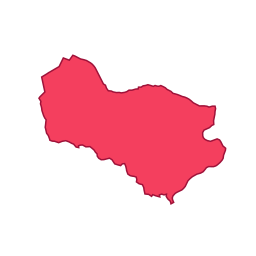 the district of Douradina, Paraná, Brazil, rotated 113°
{"feature_id": "56859067B11671059089734", "entity_name": "Douradina", "entity_type": "district", "adm_level": 2, "iso_a3": "BRA", "parent_name": "Brazil", "parent_adm1": "Paraná", "projection": "mercator", "projection_center": [-53.283, -23.351], "detail": "fine", "context": "isolated", "style": "filled", "palette": "rose", "viewbox_px": 256, "rotation_deg": 113, "n_neighbors": 0, "source": "geoboundaries", "source_scale": "gbopen_adm2", "svg_char_len": 2271}
<svg xmlns="http://www.w3.org/2000/svg" viewBox="0 0 256 256"><g transform="rotate(113 128 128)"><path d="M178.6,56.9L176.8,58.8L175.1,59.9L172.9,60.1L169.7,59.0L167.9,57.7L163.9,54.2L162.0,53.3L159.4,52.5L153.1,52.2L150.3,51.1L147.6,49.7L143.6,46.6L141.1,43.5L138.8,41.7L135.8,40.8L133.8,40.3L132.0,38.7L130.2,34.2L128.6,32.4L127.1,31.4L123.8,29.8L120.7,28.8L118.7,28.6L115.7,29.4L110.5,29.6L108.5,30.2L107.4,33.7L104.4,37.2L103.2,39.1L103.2,41.7L108.0,46.8L108.6,50.0L108.4,52.9L107.5,54.8L106.2,56.0L103.1,57.5L100.2,57.2L95.8,53.1L92.8,51.8L91.3,50.4L87.8,52.1L81.5,53.4L78.6,54.4L76.0,54.9L73.9,56.4L75.0,59.0L77.1,61.6L77.1,63.8L77.8,66.3L78.9,68.9L79.8,70.9L79.3,77.7L78.4,80.3L77.7,82.8L77.4,85.3L77.4,87.9L77.8,90.2L77.8,92.8L77.9,95.8L78.5,100.2L77.5,102.8L77.2,107.2L76.4,109.3L76.2,111.3L76.1,114.4L77.5,115.8L78.1,117.6L78.3,119.7L79.8,121.0L80.0,123.7L80.4,126.6L82.0,128.5L83.3,130.6L85.2,131.8L86.3,134.3L88.0,133.9L89.2,136.2L91.6,139.1L92.8,141.9L95.0,143.3L96.5,145.0L98.3,147.9L98.7,150.0L99.9,152.5L100.6,155.8L100.5,157.8L101.4,160.7L99.8,163.3L97.4,165.5L97.1,167.8L85.5,181.6L84.5,183.2L83.3,185.7L82.7,187.9L82.1,192.5L82.4,195.4L83.0,198.7L82.5,205.0L82.6,207.2L88.5,208.5L88.8,214.9L98.4,215.4L108.1,222.7L110.1,224.0L114.8,227.4L127.3,218.6L133.6,221.2L135.4,221.6L137.5,218.6L140.0,218.0L141.6,216.6L143.2,215.4L145.6,214.0L149.6,210.5L151.4,208.4L152.4,206.6L155.2,205.8L157.1,205.2L159.7,204.5L161.1,203.4L164.6,200.9L166.1,198.4L168.4,196.2L169.8,195.1L169.7,192.7L168.9,190.4L168.6,186.1L165.9,183.3L164.0,180.3L163.8,176.6L164.1,174.1L164.1,171.7L165.8,168.4L165.3,165.7L163.6,166.6L162.4,165.2L161.4,163.2L161.8,159.4L160.0,155.7L160.8,152.9L161.6,150.5L163.0,148.5L163.9,146.4L166.0,145.2L167.3,143.0L167.7,140.3L166.5,137.8L164.8,135.6L163.0,133.2L163.5,130.2L164.8,128.3L166.2,126.2L165.9,122.9L165.5,120.1L163.2,119.2L162.1,117.2L164.1,115.1L166.3,113.5L167.8,112.6L170.5,110.1L171.0,107.4L170.7,105.6L170.1,103.3L170.0,101.2L172.1,99.7L174.3,99.2L175.0,96.0L174.5,92.6L176.7,90.2L178.9,88.9L180.3,87.9L182.1,86.6L181.0,83.0L181.7,79.6L179.7,79.2L179.6,76.3L179.0,71.8L177.3,73.0L175.7,71.2L175.5,68.7L173.9,66.7L176.0,66.1L177.7,63.7L178.9,60.4L181.0,58.8L178.6,56.9Z" fill="#f43f5e" stroke="#9f1239" stroke-width="1.5"/></g></svg>